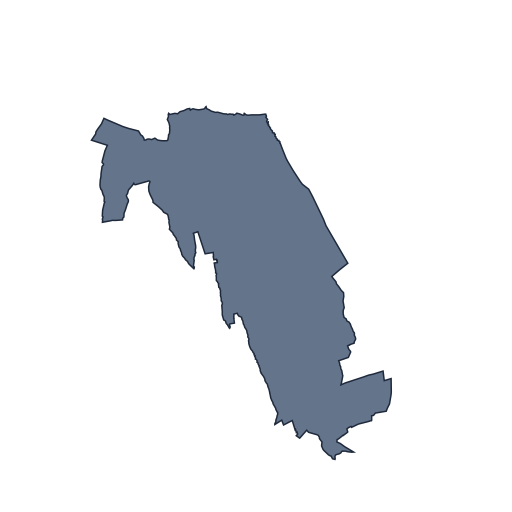 Chiautempan, Tlaxcala, Mexico, rotated 223°
{"feature_id": "50627088B45531222113542", "entity_name": "Chiautempan", "entity_type": "district", "adm_level": 2, "iso_a3": "MEX", "parent_name": "Mexico", "parent_adm1": "Tlaxcala", "projection": "natural_earth1", "projection_center": [-98.139, 19.289], "detail": "fine", "context": "isolated", "style": "filled", "palette": "slate", "viewbox_px": 512, "rotation_deg": 223, "n_neighbors": 0, "source": "geoboundaries", "source_scale": "gbopen_adm2", "svg_char_len": 6098}
<svg xmlns="http://www.w3.org/2000/svg" viewBox="0 0 512 512"><g transform="rotate(223 256 256)"><path d="M108.8,155.5L108.8,156.1L106.1,154.4L105.9,155.2L104.1,154.2L104.0,152.0L99.8,152.6L100.1,163.2L97.5,162.9L96.9,163.1L89.9,166.7L88.3,167.3L86.1,166.7L85.0,165.7L80.9,165.0L78.6,161.9L75.4,160.4L74.2,160.1L67.3,160.0L65.4,160.5L64.8,160.9L61.7,159.9L59.5,161.1L60.1,162.0L61.5,163.1L62.1,164.6L61.6,165.9L60.2,168.1L59.7,169.8L60.0,171.4L59.9,172.0L57.4,174.4L55.7,175.2L52.2,177.8L50.9,179.2L61.2,177.0L66.3,176.4L70.1,175.2L71.5,177.1L70.9,178.5L70.1,184.2L69.8,184.2L68.9,189.2L68.9,189.9L71.6,191.5L71.3,193.6L70.2,196.2L69.8,196.4L69.2,196.0L66.5,202.9L60.4,212.4L60.4,212.9L59.2,214.3L59.4,214.8L62.5,218.1L61.3,219.6L61.6,222.5L54.9,231.3L56.1,234.2L57.5,238.9L62.3,246.2L64.1,248.6L73.6,258.5L77.2,252.3L84.6,258.5L89.7,249.6L92.5,245.5L94.9,240.8L104.1,224.1L106.0,219.7L106.9,221.4L110.9,227.7L111.7,228.1L115.3,230.8L117.0,231.3L118.8,232.9L120.4,233.4L121.7,234.6L124.1,235.8L119.3,244.8L121.3,250.4L122.2,250.8L123.8,250.9L125.2,251.4L127.8,252.8L126.8,254.7L127.1,254.9L124.8,259.1L125.7,260.5L126.2,262.6L126.6,263.4L128.1,264.4L129.9,265.0L131.3,266.6L132.1,267.0L133.5,267.1L135.4,268.2L138.1,269.2L140.7,270.6L143.1,271.1L144.7,270.5L145.7,270.7L147.2,271.5L149.6,271.1L152.7,273.1L154.8,275.3L155.5,276.5L156.2,278.3L161.7,282.5L164.2,286.3L167.0,288.9L170.2,289.0L174.9,290.1L178.1,290.5L180.0,291.7L184.7,292.3L186.6,292.8L185.4,303.3L183.9,313.3L225.5,325.9L231.7,328.9L255.0,338.0L263.0,340.8L271.0,340.1L274.1,340.6L287.4,343.9L297.6,346.9L300.4,347.9L309.4,352.1L314.8,354.8L315.6,354.8L316.2,355.8L317.3,355.5L318.1,356.1L319.3,355.2L320.2,356.0L321.5,355.8L322.9,356.8L323.9,356.5L324.9,358.1L325.5,357.6L326.6,358.4L328.1,357.4L329.2,358.6L331.9,358.7L332.8,359.5L333.5,359.3L334.6,360.0L335.8,359.7L336.5,360.8L337.7,360.6L337.8,361.7L338.5,362.4L339.1,361.3L340.2,361.8L340.7,363.8L343.4,364.2L343.5,365.1L344.2,365.7L344.6,365.6L345.5,366.4L346.1,366.0L349.8,361.5L355.3,356.4L357.7,353.7L359.2,352.6L361.9,352.3L361.8,351.9L361.0,351.6L360.9,350.9L361.8,349.9L364.3,349.0L367.4,347.4L367.6,345.7L368.3,343.9L369.4,344.1L370.8,342.8L372.0,342.1L373.4,340.0L374.4,339.8L376.5,338.0L382.0,335.1L383.7,333.3L387.9,331.3L389.6,331.1L392.3,330.2L392.7,330.2L394.4,331.2L394.5,330.4L394.2,329.6L394.4,327.9L397.6,323.8L400.0,322.1L402.5,320.7L403.3,319.1L403.5,317.9L403.9,317.9L405.1,318.7L406.7,316.5L407.8,313.4L410.0,309.7L410.3,306.6L412.6,305.0L415.5,300.8L417.2,300.8L416.7,299.6L416.1,299.2L415.0,298.0L414.0,295.4L410.6,294.1L407.5,292.0L406.6,290.8L405.1,289.5L402.8,286.5L402.6,285.0L401.2,283.3L400.6,282.1L399.7,281.1L399.7,279.7L402.2,277.2L404.4,275.4L407.2,273.6L409.7,273.4L410.4,273.1L411.7,270.0L413.5,269.0L414.6,268.1L415.3,267.1L415.9,265.3L416.8,264.6L418.3,265.6L420.8,266.3L422.9,266.0L427.2,267.3L436.0,262.5L441.6,259.9L457.6,254.1L461.1,253.0L459.1,247.2L458.4,241.3L458.0,239.0L457.7,237.6L456.5,235.9L455.3,228.5L440.2,235.6L438.2,229.9L433.3,220.8L432.3,219.4L430.7,219.4L430.0,219.1L429.7,218.4L429.7,216.6L425.4,210.4L423.7,208.5L421.6,205.2L418.5,201.5L416.9,200.1L414.9,199.0L413.5,198.9L409.9,196.7L407.4,195.8L406.1,194.5L404.4,192.4L403.7,192.5L403.2,192.2L403.2,191.5L399.4,184.9L395.6,180.3L394.6,180.3L394.2,179.8L393.9,178.9L393.4,178.0L392.7,177.7L391.3,175.9L386.2,182.8L385.5,184.0L382.8,186.4L378.2,191.4L379.2,192.5L379.2,194.4L381.6,197.2L383.1,201.0L385.6,206.2L386.4,208.6L387.1,209.5L387.9,210.1L390.3,210.8L391.8,211.6L392.2,212.1L392.6,214.2L393.9,216.5L394.3,217.6L394.5,223.0L395.0,225.8L393.7,225.4L392.8,225.9L385.5,237.9L384.4,238.1L384.1,237.9L383.3,235.9L381.6,233.2L378.6,230.4L375.1,228.6L370.0,226.7L369.0,226.1L367.9,225.0L361.6,225.5L356.1,225.6L353.3,225.0L349.8,226.0L348.7,226.0L346.7,224.8L344.9,223.3L344.1,223.1L342.5,221.1L338.7,218.4L337.6,216.5L333.1,216.2L332.2,216.0L331.0,215.3L329.2,215.2L328.0,214.8L326.8,214.7L325.7,214.1L325.2,213.5L322.5,213.4L321.9,212.4L320.3,211.2L318.1,209.9L316.5,209.7L315.1,208.7L312.8,207.7L311.6,206.7L309.6,205.9L306.6,205.7L305.1,205.2L302.3,205.3L300.5,204.6L299.2,204.4L292.7,204.3L292.8,204.8L293.6,205.9L294.5,206.0L295.2,206.4L298.4,210.9L299.2,211.1L300.0,212.4L300.4,212.7L300.6,213.8L301.1,214.6L301.2,215.2L301.7,215.4L302.2,216.2L302.1,217.1L302.4,217.5L303.3,217.9L304.7,219.3L305.6,220.8L307.2,222.4L311.4,225.5L315.5,228.9L317.3,229.9L315.1,234.1L294.7,222.9L289.7,229.4L287.1,227.0L286.9,226.8L287.0,226.6L286.7,226.2L284.2,224.5L282.7,226.6L281.6,225.8L281.3,226.3L279.8,224.8L281.8,222.4L281.4,222.0L280.6,221.7L280.3,221.2L278.0,219.4L277.6,219.3L275.0,217.3L274.0,216.1L273.0,216.4L272.1,215.3L271.8,214.4L270.6,213.5L268.4,211.1L268.0,210.9L266.8,211.0L265.9,210.5L264.4,210.3L264.1,209.6L261.8,207.7L260.4,207.8L260.0,207.3L258.2,206.4L257.0,204.8L256.1,204.2L255.0,202.8L252.7,201.4L250.9,199.5L249.4,199.2L248.5,198.6L247.8,197.8L247.5,196.7L242.9,192.5L240.5,189.9L236.0,187.2L234.6,187.6L234.0,187.6L231.8,186.4L229.8,186.2L229.0,185.8L228.3,185.9L226.9,185.2L226.0,185.2L226.5,186.5L228.7,187.8L228.8,188.5L226.0,192.2L229.4,195.0L229.6,195.6L230.1,195.6L231.0,196.5L231.1,197.0L232.6,198.3L230.7,201.3L229.0,200.6L228.0,200.4L227.1,200.4L226.8,200.7L224.8,201.3L223.1,200.1L221.3,199.5L218.8,197.6L218.2,197.6L215.4,196.1L212.7,195.5L211.3,194.7L210.1,193.7L208.0,192.7L206.8,191.2L205.1,190.8L204.5,190.4L203.6,188.8L202.7,188.2L201.3,186.9L198.7,185.4L196.4,184.4L193.4,184.0L192.3,183.4L190.9,183.4L190.1,182.4L188.6,182.4L188.4,181.6L187.0,181.3L186.1,180.2L185.6,180.5L184.8,180.5L183.5,180.0L182.9,179.0L181.6,179.2L180.9,178.5L179.6,178.0L178.9,178.0L178.6,177.4L175.9,176.2L174.7,175.0L173.4,174.3L172.6,174.2L172.4,173.8L168.2,173.0L165.5,172.0L164.9,171.3L164.0,170.8L161.9,170.2L160.3,170.0L158.0,168.5L155.3,167.2L148.3,162.2L145.7,161.0L143.9,160.5L142.8,159.6L137.7,158.0L136.6,157.2L135.2,156.8L134.2,156.3L133.6,156.5L132.3,155.1L131.5,153.4L130.5,151.9L129.7,149.8L128.5,148.4L127.9,146.3L127.3,145.6L125.2,153.5L120.6,151.2L117.3,160.4L108.8,155.5Z" fill="#64748b" stroke="#1e293b" stroke-width="1.5"/></g></svg>